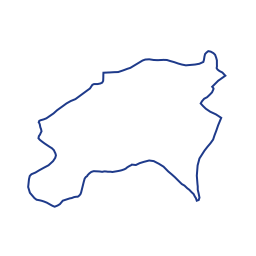 the district of Matagi, Tuvalu, rotated 284°
{"feature_id": "33948139B17363749661168", "entity_name": "Matagi", "entity_type": "district", "adm_level": 2, "iso_a3": "TUV", "parent_name": "Tuvalu", "parent_adm1": "", "projection": "natural_earth1", "projection_center": [178.689, -7.484], "detail": "fine", "context": "isolated", "style": "outline", "palette": "blue", "viewbox_px": 256, "rotation_deg": 284, "n_neighbors": 0, "source": "geoboundaries", "source_scale": "gbopen_adm2", "svg_char_len": 2339}
<svg xmlns="http://www.w3.org/2000/svg" viewBox="0 0 256 256"><g transform="rotate(284 128 128)"><path d="M160.4,216.0L162.5,210.0L163.7,203.8L165.5,198.9L167.4,195.6L169.4,192.6L171.8,193.3L174.8,194.8L177.0,197.3L180.3,199.4L182.9,200.9L186.2,201.5L187.1,201.4L188.4,199.7L195.7,204.1L202.3,209.8L204.7,206.1L205.4,203.0L206.4,200.7L207.6,199.5L209.3,199.4L211.5,198.8L215.1,197.9L217.6,196.5L220.1,194.8L221.3,192.8L222.1,189.8L222.0,187.3L220.2,185.9L218.4,184.9L215.8,184.9L212.5,185.2L210.3,185.1L207.6,181.7L205.8,177.7L202.8,169.0L202.6,164.9L202.7,161.2L203.1,156.8L203.2,152.6L203.4,149.3L202.7,146.0L201.0,140.4L200.2,136.4L199.8,132.0L198.6,128.2L197.0,125.8L192.4,121.2L186.9,115.7L185.3,113.1L183.5,110.5L182.3,108.7L179.9,104.9L178.8,101.0L177.6,97.2L175.7,90.8L174.1,91.1L170.7,91.9L167.7,92.5L165.8,92.0L164.5,90.4L163.2,87.7L162.4,84.4L161.3,83.0L157.1,81.5L154.5,79.3L143.3,70.0L140.3,65.9L137.0,62.4L133.4,59.4L128.1,54.9L124.1,52.2L117.6,46.4L115.9,44.0L114.5,41.5L113.5,40.2L111.9,40.0L111.3,40.7L110.2,41.5L107.6,42.7L105.7,44.0L103.8,44.9L102.1,44.5L100.3,44.2L98.6,43.5L96.4,43.6L95.2,45.3L94.1,47.7L92.9,50.6L91.6,54.2L90.6,57.0L90.0,59.0L88.5,61.5L87.2,62.5L85.8,63.7L84.0,64.7L81.4,64.6L77.7,63.3L72.6,59.9L69.3,56.2L65.6,52.2L62.4,49.0L59.8,45.5L57.7,44.3L54.5,44.3L46.6,45.4L41.4,48.5L37.4,54.1L36.3,56.6L36.5,60.0L36.5,62.1L36.3,64.6L35.9,67.4L34.9,71.0L34.2,73.7L33.9,75.9L35.7,78.4L37.6,80.3L41.7,82.3L45.6,88.5L46.4,90.3L47.9,92.4L48.7,94.2L49.2,95.9L50.7,97.1L52.4,97.9L52.6,97.9L54.0,98.1L56.0,98.1L57.9,98.1L60.0,98.1L62.4,98.1L65.1,98.1L68.4,98.2L70.2,98.9L71.4,100.0L72.4,100.2L74.5,101.4L76.5,103.0L77.8,105.1L78.0,106.1L79.0,111.2L79.2,113.5L80.2,115.6L80.5,117.2L80.7,119.2L81.4,121.9L81.5,123.4L83.8,128.7L84.6,130.4L85.5,132.1L86.8,134.1L88.0,135.6L89.3,136.5L90.6,137.7L91.9,139.1L93.1,140.5L93.4,140.6L94.0,144.6L96.7,147.8L99.0,151.6L101.6,156.4L102.1,161.0L101.3,164.3L100.8,166.5L99.1,171.8L95.6,177.5L93.6,181.6L91.6,185.4L88.9,189.9L86.6,193.8L85.8,196.7L83.8,200.2L82.9,202.4L81.1,205.2L79.8,207.6L77.6,209.5L76.3,210.9L74.1,212.3L75.2,214.0L77.7,214.2L81.7,212.3L85.0,210.6L88.2,209.8L90.3,209.0L98.4,206.3L108.5,204.6L115.7,204.7L124.6,207.7L129.1,209.7L132.9,211.6L137.4,213.4L141.6,213.7L146.7,214.3L152.4,214.8L160.4,216.0Z" fill="none" stroke="#1e3a8a" stroke-width="2"/></g></svg>